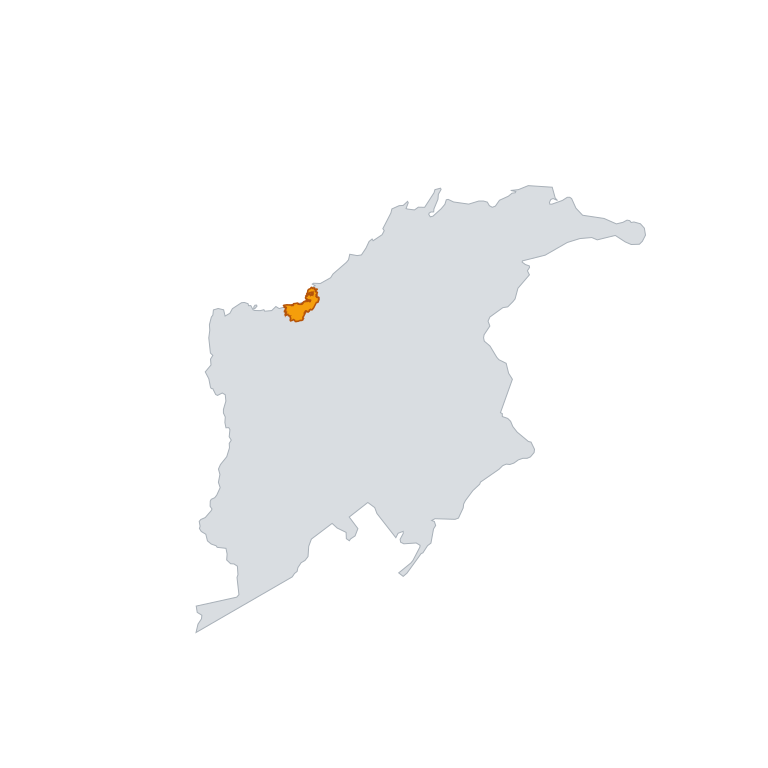 Buenaventura, Valle del Cauca, Colombia shown in context, rotated 52°
{"feature_id": "7082276B82326475607220", "entity_name": "Buenaventura", "entity_type": "district", "adm_level": 2, "iso_a3": "COL", "parent_name": "Colombia", "parent_adm1": "Valle del Cauca", "projection": "equal_earth", "projection_center": [-77.114, 3.671], "detail": "fine", "context": "in_parent", "style": "filled", "palette": "amber", "viewbox_px": 768, "rotation_deg": 52, "n_neighbors": 0, "source": "geoboundaries", "source_scale": "gbopen_adm2", "svg_char_len": 9176}
<svg xmlns="http://www.w3.org/2000/svg" viewBox="0 0 768 768"><g transform="rotate(52 384 384)"><path d="M426.3,103.3L420.6,106.4L409.3,110.3L401.7,127.2L396.5,130.1L390.0,140.1L385.3,152.5L381.7,177.7L372.2,199.1L373.0,200.1L376.8,199.1L380.4,196.8L381.7,197.5L383.1,201.3L387.5,202.2L391.0,219.5L397.7,228.4L398.5,231.8L399.4,239.0L397.0,243.4L396.4,259.3L398.5,263.3L403.5,264.9L406.8,274.8L408.9,277.1L412.0,278.6L419.3,277.1L432.5,278.7L435.6,278.5L442.9,275.0L452.3,279.2L459.3,279.9L478.3,309.9L480.1,309.0L482.5,310.8L487.3,307.7L491.4,307.2L496.8,308.7L503.9,308.7L518.2,305.6L520.3,303.9L528.1,305.6L530.4,307.9L531.6,313.5L530.7,316.9L528.0,320.4L526.5,324.9L526.3,330.3L524.9,334.4L522.4,337.0L521.4,340.8L522.0,345.7L520.7,368.4L521.9,370.3L522.7,379.6L526.0,391.6L527.6,395.1L530.4,397.9L535.5,407.9L534.4,411.3L521.5,426.8L520.9,430.4L523.4,429.0L527.3,430.4L528.7,434.2L538.3,445.0L538.2,449.2L541.0,457.3L540.5,459.2L547.2,482.4L547.4,487.3L541.9,488.7L541.6,473.1L540.9,469.9L534.6,456.1L533.3,454.9L529.1,456.5L522.1,466.8L518.9,468.3L516.3,466.9L513.6,460.8L511.9,459.6L510.3,464.8L512.4,469.3L481.7,469.3L475.7,467.4L467.4,469.7L467.4,493.3L481.9,493.6L485.9,500.3L485.5,505.8L486.2,507.8L482.7,508.9L477.6,505.2L468.6,509.6L461.9,510.7L461.5,536.7L465.5,543.2L473.2,550.1L474.4,554.8L473.8,559.3L475.7,564.9L478.2,567.9L478.2,571.2L479.5,575.0L464.1,685.1L458.7,678.4L456.7,672.4L454.1,669.9L449.0,671.8L443.4,668.7L461.3,631.3L460.7,628.0L445.9,618.9L444.4,616.5L437.3,611.7L433.4,613.0L431.2,615.5L425.8,616.3L421.4,612.3L416.2,609.7L410.0,616.0L408.1,615.9L403.7,618.7L398.9,619.7L392.7,616.9L387.7,618.8L384.2,618.4L382.9,616.5L378.5,614.2L378.0,611.7L379.2,607.1L377.4,598.0L376.6,596.5L373.3,596.3L369.3,593.0L368.5,591.1L369.4,587.4L368.6,584.2L364.8,576.9L359.5,575.0L354.3,569.0L349.1,566.8L346.8,562.5L344.5,552.7L339.2,545.1L335.5,542.5L334.2,538.9L330.3,538.5L325.1,533.5L322.8,533.2L321.2,535.5L316.4,533.1L312.3,529.4L308.0,528.4L305.2,526.2L300.1,519.1L294.7,515.7L291.5,517.0L290.5,522.2L288.7,523.1L282.3,521.8L281.3,522.9L279.7,522.7L272.0,518.8L264.4,517.4L262.5,508.6L257.6,505.4L256.1,501.3L252.7,501.7L239.8,493.7L234.4,488.2L229.8,485.1L225.0,478.9L224.3,476.4L220.6,472.8L222.4,468.2L226.8,464.7L232.6,467.4L233.4,461.9L231.3,457.1L232.2,446.3L233.8,443.8L237.0,441.7L238.9,442.5L240.2,440.7L244.9,441.5L246.4,440.7L250.0,436.4L251.5,432.9L253.2,433.2L257.0,427.3L256.4,421.5L260.0,420.2L263.8,410.6L265.5,410.3L266.3,405.7L273.0,389.9L270.6,391.7L268.0,390.6L268.4,385.2L267.6,384.6L265.4,388.7L263.6,384.5L264.1,377.8L261.1,379.0L261.2,377.5L265.6,372.3L267.4,360.6L265.9,356.4L265.0,338.8L264.3,335.5L260.7,331.1L266.3,326.1L268.4,322.3L265.8,314.5L262.5,308.0L262.4,304.1L264.4,304.4L265.2,293.6L263.3,289.4L260.9,289.3L253.5,273.3L250.9,270.0L252.8,262.3L255.1,258.9L254.6,253.0L256.1,253.3L259.3,258.6L260.6,257.8L265.6,252.8L265.8,248.1L269.8,243.2L264.1,226.8L262.2,224.2L264.5,218.9L265.8,219.2L268.0,224.4L271.6,227.7L276.8,236.9L279.0,238.9L277.4,241.0L277.1,243.1L277.8,244.3L280.8,244.6L281.9,242.1L281.1,231.0L279.9,225.4L277.2,221.5L278.0,219.8L283.4,217.1L294.4,206.5L298.2,196.6L301.0,193.0L304.3,190.6L308.3,191.2L311.4,189.9L312.4,186.7L310.3,179.9L312.6,170.4L312.5,165.6L314.1,162.8L313.5,161.6L309.5,165.0L313.6,158.4L316.5,148.2L332.5,130.3L342.9,134.6L346.2,134.3L341.9,136.6L341.3,139.1L342.8,141.9L344.4,142.6L345.7,140.9L349.2,130.4L349.7,124.7L351.2,122.7L353.4,122.0L363.6,124.5L373.3,123.6L389.0,108.7L400.9,102.3L403.7,96.2L404.5,91.6L406.6,89.8L408.9,89.8L410.2,87.3L415.6,83.3L421.5,82.9L427.7,86.3L430.6,92.5L431.1,96.7L426.3,103.3ZM245.1,439.5L244.4,440.3L243.0,438.9L242.5,437.1L243.4,435.8L244.5,436.2L245.1,439.5Z" fill="#d9dde1" stroke="#a8b0b8" stroke-width="1"/><path d="M280.9,414.6L280.9,413.9L281.4,413.6L281.7,413.0L281.9,412.5L281.9,412.2L282.1,411.7L282.1,411.3L282.4,410.7L282.6,410.7L282.8,410.1L283.1,410.0L283.3,409.6L283.5,408.6L283.2,408.4L283.1,407.9L283.0,407.4L282.7,407.6L282.6,407.4L281.8,407.2L281.7,407.0L281.7,406.7L281.5,406.1L281.0,406.0L281.0,405.5L280.8,404.9L280.7,404.7L280.5,404.3L280.2,404.1L280.1,403.4L280.0,403.5L279.3,403.0L279.0,403.1L279.0,402.5L279.2,402.0L279.0,401.6L278.8,401.4L278.7,401.4L278.5,401.1L278.2,401.3L278.1,401.0L278.2,400.5L278.6,400.1L279.0,400.0L279.8,400.3L280.2,399.9L280.2,399.5L280.5,399.4L280.4,399.2L280.6,398.9L280.5,398.5L280.6,398.2L280.4,397.7L280.0,397.7L279.8,397.4L279.8,396.7L280.0,396.6L280.1,396.3L280.0,395.9L280.6,395.8L280.8,395.4L281.1,395.3L281.3,394.7L281.0,393.8L280.9,393.2L280.8,392.9L280.7,393.0L280.6,392.4L278.1,387.0L278.8,386.2L278.8,385.6L278.6,385.6L278.5,385.3L278.5,385.0L278.2,384.8L278.2,384.5L278.0,384.1L277.7,384.1L277.7,383.8L277.6,383.7L277.4,383.8L277.3,383.2L277.2,383.2L277.0,382.9L276.6,382.8L276.6,382.7L276.4,382.6L276.3,382.4L275.8,382.5L275.7,382.3L275.4,382.6L275.2,382.4L274.9,383.2L274.8,383.3L274.5,383.1L274.3,383.4L274.2,383.3L274.0,383.2L273.8,383.2L273.7,383.3L273.5,383.0L273.2,383.3L273.1,382.9L272.8,382.7L272.7,382.3L272.2,382.8L271.8,382.5L271.8,382.2L271.9,381.9L271.6,381.5L271.5,381.1L271.4,381.1L271.2,380.9L270.8,380.1L270.6,380.1L270.0,380.5L269.5,380.5L269.4,381.0L269.1,381.1L268.5,380.3L268.3,379.9L268.4,378.6L268.2,378.3L267.6,378.7L267.3,379.3L267.4,379.8L267.3,380.1L266.8,380.7L266.5,380.5L266.1,379.8L265.6,379.6L265.1,380.0L264.9,380.6L264.6,380.9L264.6,381.2L264.6,381.4L263.7,381.5L263.3,381.5L263.2,381.8L263.1,382.1L263.5,382.9L263.5,383.4L263.0,385.3L263.2,385.8L263.4,386.4L264.6,387.7L265.1,388.5L265.2,389.1L265.4,389.4L265.7,389.2L266.1,387.6L266.3,387.7L266.5,386.9L266.3,386.9L266.4,386.5L266.6,386.5L266.4,386.3L266.5,386.1L266.6,385.7L266.8,385.6L266.7,385.5L266.8,385.2L266.9,385.3L267.0,385.2L267.1,384.9L267.2,385.1L267.2,384.9L267.4,384.9L267.8,383.9L267.9,384.3L268.0,384.5L268.2,384.3L268.4,384.1L268.5,383.7L268.8,383.8L269.0,384.1L268.9,384.3L268.9,384.6L269.3,384.5L269.7,384.7L269.8,384.8L269.8,385.1L269.7,385.2L269.8,385.3L269.7,385.3L269.7,385.6L269.3,386.2L269.5,386.2L269.4,386.4L269.2,386.4L269.0,386.7L269.0,386.9L268.9,386.8L268.9,387.0L268.6,387.0L268.3,387.2L268.4,387.3L268.1,387.5L268.1,387.4L267.9,387.4L268.0,387.2L267.8,387.2L267.7,387.2L267.7,387.6L267.6,387.4L267.5,387.7L267.4,387.5L267.0,388.1L266.7,388.3L266.5,388.5L266.7,389.2L266.6,389.5L266.4,389.4L266.5,389.9L266.4,389.9L266.4,390.3L266.7,390.0L267.0,390.4L267.4,390.5L267.2,391.1L267.1,391.3L267.1,391.2L266.9,391.3L266.9,391.7L267.2,391.9L267.3,392.1L267.5,392.5L267.8,392.5L267.9,392.8L268.1,392.8L268.0,392.7L268.3,393.0L268.5,392.8L268.7,392.7L269.0,392.9L269.1,392.7L269.5,392.8L269.6,392.5L270.2,392.8L270.3,392.5L270.3,392.3L270.5,392.2L270.6,392.3L270.7,392.1L271.1,391.9L271.5,391.3L271.8,391.3L271.9,391.2L272.1,391.4L272.4,391.2L272.6,390.8L272.5,390.4L272.7,390.2L272.9,390.3L272.9,390.7L273.1,391.1L273.4,391.3L273.5,391.2L273.6,391.3L273.6,391.5L273.4,391.8L273.1,391.7L273.1,391.9L272.7,391.9L272.2,392.2L272.0,392.7L272.0,393.2L271.6,393.3L271.4,393.8L271.2,393.6L271.0,393.9L270.9,393.9L270.4,393.8L270.3,393.5L270.2,393.6L270.4,395.1L270.6,395.5L270.5,395.8L270.3,395.8L270.0,395.8L269.9,395.7L269.8,395.8L269.8,396.8L270.0,398.3L270.3,397.9L270.5,398.1L270.6,399.0L270.7,399.4L270.6,399.6L270.2,399.2L270.0,399.3L270.0,399.8L269.9,400.0L269.8,400.8L269.7,401.0L269.5,400.9L269.4,401.2L269.3,401.3L268.9,401.8L268.7,402.0L268.7,401.7L267.3,402.3L267.2,402.2L267.3,402.1L267.2,402.1L267.0,402.3L266.2,403.7L266.1,404.2L265.2,405.4L265.1,405.7L265.3,406.1L266.0,406.7L266.0,407.2L266.1,407.5L265.7,407.7L265.5,408.1L265.3,407.7L265.2,407.6L265.3,407.2L265.3,406.7L264.6,408.4L264.1,409.0L264.1,409.4L264.1,409.5L263.9,409.9L263.9,410.1L263.8,409.9L263.8,409.6L263.6,409.6L262.6,410.9L262.2,411.2L262.0,411.8L261.7,411.9L260.3,414.4L260.3,414.8L260.5,414.8L260.5,414.7L261.1,414.4L261.6,414.5L261.5,414.8L261.7,415.1L261.9,415.1L262.1,415.4L262.5,415.1L262.4,414.8L262.6,414.7L262.4,414.5L262.4,414.4L262.6,414.3L262.8,414.5L262.9,414.1L263.5,413.8L263.9,414.1L263.9,414.5L264.1,414.8L264.2,415.2L264.5,415.2L264.8,415.6L264.7,416.5L265.2,416.9L265.2,417.6L265.7,417.9L265.9,417.5L266.1,417.5L266.2,417.3L266.2,417.0L266.3,417.1L266.4,416.7L266.5,416.6L267.2,417.3L267.5,417.2L267.6,417.5L267.3,417.6L267.2,417.8L267.3,417.9L267.6,417.9L267.6,418.2L267.7,417.8L267.8,418.1L268.0,418.0L268.3,418.8L268.4,418.7L268.4,418.4L268.5,418.4L268.5,418.8L268.8,419.0L268.7,418.8L268.9,418.7L268.9,418.9L269.2,418.6L269.1,418.4L269.3,418.2L269.2,418.0L269.6,418.1L269.7,417.7L269.8,417.9L269.9,417.5L270.1,417.6L270.4,417.2L270.8,417.0L270.8,416.6L270.9,416.8L271.2,416.8L271.2,416.7L271.3,416.7L271.6,417.1L271.9,416.8L272.1,416.4L272.4,416.2L272.6,416.3L272.7,416.2L272.7,416.4L272.9,416.4L273.3,416.8L273.6,416.8L274.1,417.0L274.2,416.9L274.6,417.3L274.9,417.4L275.1,417.3L275.3,417.6L275.4,417.9L275.7,418.1L275.6,418.3L275.8,418.6L276.7,418.8L277.0,418.3L277.0,417.8L277.3,417.5L277.5,415.6L277.8,415.5L278.0,415.6L278.2,415.4L278.5,415.4L278.7,415.2L279.1,415.4L279.6,415.3L280.2,415.4L280.6,415.0L280.9,414.6ZM269.0,385.3L268.6,385.3L268.7,385.6L268.8,385.4L268.8,385.6L269.0,385.3Z" fill="#f59e0b" stroke="#b45309" stroke-width="1.5"/></g></svg>